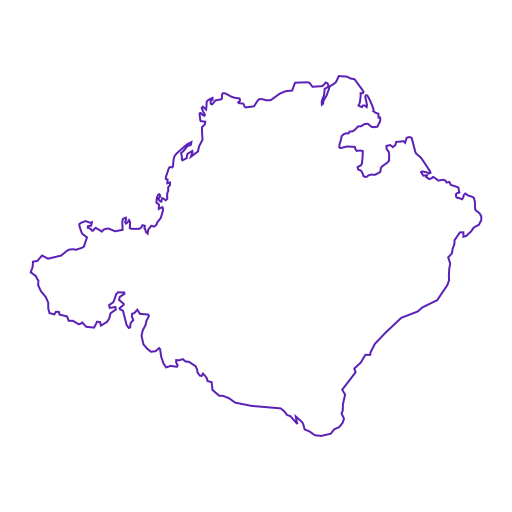 Paata, Federated States of Micronesia, rotated 180°
{"feature_id": "79324940B20321408060420", "entity_name": "Paata", "entity_type": "district", "adm_level": 2, "iso_a3": "FSM", "parent_name": "Federated States of Micronesia", "parent_adm1": "", "projection": "robinson", "projection_center": [151.585, 7.375], "detail": "fine", "context": "isolated", "style": "outline", "palette": "violet", "viewbox_px": 512, "rotation_deg": 180, "n_neighbors": 0, "source": "geoboundaries", "source_scale": "gbopen_adm2", "svg_char_len": 6072}
<svg xmlns="http://www.w3.org/2000/svg" viewBox="0 0 512 512"><g transform="rotate(180 256 256)"><path d="M457.6,197.6L456.2,200.1L453.2,200.2L452.4,197.4L445.0,195.6L443.3,191.2L439.1,191.2L433.2,187.7L431.0,188.5L429.7,189.5L425.8,185.2L417.9,184.4L414.9,190.3L411.9,189.9L411.1,186.4L405.1,190.0L402.8,193.4L401.5,198.7L396.1,202.5L396.6,205.0L402.2,204.1L403.0,206.8L398.7,209.8L397.4,212.9L395.9,217.7L394.0,219.7L387.9,219.5L387.5,218.2L392.2,215.1L393.0,212.1L388.2,208.1L388.3,207.2L392.5,203.7L391.9,202.6L389.0,201.2L385.4,187.0L383.3,184.1L381.8,184.6L381.7,186.6L381.3,189.0L378.7,191.9L380.1,195.3L380.0,198.1L377.5,199.1L374.7,202.3L372.0,198.1L363.8,197.5L363.1,196.0L365.6,191.1L366.5,186.9L369.3,181.6L370.5,176.2L368.5,167.5L364.3,162.8L360.9,160.2L356.5,160.8L352.8,163.9L351.9,162.8L350.8,155.3L348.5,148.5L345.9,144.6L341.3,146.1L335.1,145.2L334.4,146.8L335.8,149.4L335.8,151.9L332.8,151.7L329.3,152.9L326.3,150.4L323.3,150.3L316.5,145.9L314.9,142.5L314.5,139.6L312.2,136.4L310.4,136.0L309.0,138.4L306.5,135.7L305.1,133.5L304.5,131.0L300.4,129.8L299.5,122.0L292.9,116.3L288.8,116.1L283.1,113.8L276.7,109.3L260.4,106.1L231.3,103.6L230.3,102.7L228.3,101.3L224.9,97.0L221.7,95.9L214.6,88.0L215.5,91.4L216.2,95.5L209.8,89.8L208.7,87.6L207.4,82.6L202.6,80.6L197.0,76.7L190.7,76.1L181.2,78.3L177.9,82.6L172.7,85.0L169.4,89.2L169.0,90.1L168.0,93.3L170.4,98.4L169.2,101.7L169.1,107.6L166.9,117.4L169.8,122.3L163.0,131.1L156.4,139.8L157.7,143.5L151.3,149.3L146.6,157.2L141.9,157.1L141.4,159.8L137.1,168.2L126.3,179.5L110.7,194.2L94.3,200.5L89.6,204.6L74.8,211.8L70.0,219.0L64.8,226.6L62.9,231.8L63.1,235.3L63.0,239.2L62.7,243.5L61.8,248.4L63.8,254.6L60.2,258.5L59.2,263.7L57.6,267.9L57.5,271.7L52.1,279.6L48.6,279.7L48.6,275.2L45.8,276.1L40.8,280.7L38.5,284.2L36.8,285.3L33.0,287.3L31.8,290.0L30.9,291.0L30.7,293.5L30.8,295.8L32.2,298.3L33.6,299.7L35.5,301.0L36.7,302.3L37.0,304.7L37.1,310.1L38.1,314.1L39.8,315.2L41.4,315.7L44.5,316.8L46.6,318.5L48.4,316.7L48.6,314.9L49.9,312.7L53.2,314.1L54.6,314.1L55.7,314.9L56.0,316.2L56.0,317.9L54.9,318.8L52.6,319.5L53.2,321.8L53.5,324.3L54.6,324.9L57.4,325.9L61.2,327.1L62.6,330.0L65.4,329.5L66.8,331.6L69.4,332.2L73.7,331.4L75.8,333.1L78.9,335.1L80.4,333.8L82.7,332.9L85.8,334.9L84.9,336.8L88.6,336.3L91.0,339.9L90.1,340.6L86.4,339.9L82.2,338.7L81.5,339.2L81.8,340.3L82.8,342.0L87.8,349.6L91.2,354.5L95.6,358.2L96.6,359.7L100.3,374.1L102.6,375.0L105.3,374.2L106.9,369.2L108.5,370.8L115.9,370.0L116.6,367.0L119.1,364.9L120.5,366.0L121.9,367.0L125.6,366.0L125.3,362.8L123.3,360.3L122.8,357.5L123.0,351.3L125.0,349.1L127.7,347.2L130.3,345.3L131.2,343.6L131.8,339.9L137.1,337.2L140.7,337.4L143.5,336.7L145.3,335.1L147.4,335.2L148.6,336.0L149.0,337.6L150.6,340.9L152.0,341.8L153.8,342.5L154.4,344.9L150.8,346.9L150.0,348.8L149.3,356.7L149.2,360.9L151.8,361.5L155.3,361.1L156.0,362.0L156.7,363.2L157.2,365.1L165.0,365.5L171.4,363.9L172.1,364.3L172.8,364.9L172.3,368.4L171.2,371.6L170.4,375.7L168.5,377.7L165.9,378.7L163.4,378.6L162.4,380.4L159.4,380.7L157.7,381.7L153.9,385.6L151.1,385.7L147.4,388.0L144.1,388.2L140.4,385.1L138.2,384.8L134.6,385.3L131.9,390.8L131.7,393.8L132.2,394.8L133.5,394.5L133.6,398.3L135.9,399.0L138.8,400.8L138.4,402.4L140.0,406.9L142.1,411.8L144.7,416.5L146.2,416.7L146.7,415.7L146.7,414.6L145.7,410.5L145.0,406.8L145.4,404.9L146.8,406.3L147.7,406.5L149.2,406.4L150.1,404.9L151.9,405.6L153.5,406.4L152.2,409.2L151.4,415.3L151.4,418.8L149.2,418.8L148.5,420.3L150.2,422.9L157.5,432.8L161.5,433.5L165.1,435.4L173.3,435.9L175.2,431.5L176.5,429.4L179.5,427.2L182.2,425.9L183.2,422.5L184.4,419.4L185.4,416.5L188.6,411.1L188.9,408.3L190.1,407.3L190.3,409.2L190.2,410.7L189.2,413.8L188.0,416.5L187.3,423.2L184.0,425.0L183.7,426.5L184.4,428.6L186.1,429.5L189.6,425.9L199.5,425.2L202.6,429.3L205.2,429.7L216.9,429.3L219.9,421.4L225.8,420.9L228.2,420.1L232.6,418.1L241.3,411.8L245.5,411.7L248.8,412.6L251.3,413.0L253.2,412.6L254.4,411.3L258.0,405.7L266.2,404.6L267.4,405.3L268.3,407.8L269.0,408.4L273.2,408.9L273.8,409.6L271.9,411.5L272.5,413.6L277.0,414.1L280.7,415.3L286.4,418.5L289.1,418.8L290.1,417.1L290.0,413.5L290.8,412.7L296.6,411.6L299.8,407.6L301.3,408.3L301.4,410.0L301.3,411.2L299.4,412.4L299.5,414.1L303.5,412.2L305.3,410.4L305.5,406.3L305.9,402.4L309.1,405.3L310.3,404.1L308.8,400.2L307.1,397.2L307.7,396.2L309.8,397.4L311.1,398.9L311.9,399.0L312.5,398.2L311.7,391.8L311.3,390.9L306.8,390.3L307.1,387.7L309.9,384.9L310.0,380.8L309.5,372.3L312.9,365.7L314.1,360.5L321.1,355.3L319.5,359.8L319.7,361.0L324.6,358.1L325.4,353.8L329.5,351.7L330.1,352.3L330.1,354.8L330.9,358.9L328.6,360.9L324.7,365.8L321.1,367.2L320.6,369.9L324.9,367.7L331.5,362.0L335.5,358.4L337.5,355.9L338.5,352.1L339.0,345.6L339.7,344.6L341.1,344.9L342.4,344.9L343.4,343.1L346.2,334.8L346.2,333.1L344.4,332.5L344.7,328.7L342.0,329.5L342.0,327.0L342.7,326.0L343.6,325.2L343.9,324.3L343.7,321.2L344.6,319.4L344.9,316.4L344.7,313.2L346.3,311.7L348.5,313.4L349.9,313.8L350.4,311.9L350.6,310.4L351.5,310.4L352.6,311.5L353.8,313.1L351.9,315.4L351.9,316.7L352.8,317.8L353.9,317.2L355.1,314.5L355.6,309.4L353.1,307.6L353.2,303.1L350.7,304.4L349.6,304.8L348.9,303.0L349.2,300.8L351.3,293.9L354.8,289.5L355.7,287.0L358.0,285.4L360.7,286.2L363.7,282.5L364.4,278.4L366.0,279.9L366.7,282.5L367.6,283.6L367.1,286.2L369.6,286.8L370.8,284.5L372.6,283.2L380.0,283.1L382.2,283.8L381.9,290.0L383.0,291.9L384.4,289.6L386.1,288.4L386.9,290.0L385.8,292.8L386.2,294.4L389.0,293.1L389.7,290.7L389.4,282.2L396.8,280.7L403.5,283.5L406.5,283.1L408.4,282.3L410.2,280.4L411.6,281.4L416.3,284.1L417.7,283.0L419.1,281.2L420.5,281.7L420.9,282.7L422.3,283.6L424.3,284.2L424.0,285.9L420.8,286.4L420.1,289.8L421.7,289.2L426.5,290.9L431.1,289.1L432.7,287.9L432.5,285.6L430.6,279.9L429.7,278.2L425.0,274.6L428.1,265.4L430.0,264.2L436.1,262.2L438.9,262.8L443.2,262.3L445.1,261.1L446.9,259.7L450.9,256.4L464.0,253.3L470.0,256.5L474.6,251.1L479.0,250.3L479.3,245.3L481.3,239.7L476.0,235.8L475.4,234.0L473.6,231.4L473.9,227.0L471.2,221.0L466.2,214.9L463.7,209.1L463.8,205.9L463.6,202.8L462.5,198.9L457.6,197.6Z" fill="none" stroke="#5b21b6" stroke-width="2"/></g></svg>